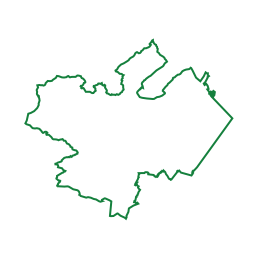 Kampar, Riau, Indonesia (Albers equal-area conic projection), rotated 97°
{"feature_id": "22746128B8837306932395", "entity_name": "Kampar", "entity_type": "district", "adm_level": 2, "iso_a3": "IDN", "parent_name": "Indonesia", "parent_adm1": "Riau", "projection": "albers", "projection_center": [101.167, 0.32], "detail": "fine", "context": "isolated", "style": "outline", "palette": "green", "viewbox_px": 256, "rotation_deg": 97, "n_neighbors": 0, "source": "geoboundaries", "source_scale": "gbopen_adm2", "svg_char_len": 5797}
<svg xmlns="http://www.w3.org/2000/svg" viewBox="0 0 256 256"><g transform="rotate(97 128 128)"><path d="M82.4,48.7L81.7,50.3L83.2,51.7L82.3,51.8L80.0,54.0L79.4,52.8L76.4,54.1L74.7,55.7L76.0,57.2L74.7,58.2L73.0,56.9L68.4,55.1L67.8,55.3L66.6,54.0L65.5,55.4L64.0,55.4L64.1,56.3L63.3,57.7L67.5,59.1L72.8,61.9L69.7,66.6L63.1,70.9L60.8,72.6L60.6,73.2L61.1,73.4L62.1,74.5L62.9,77.4L63.8,79.2L65.0,80.9L67.9,82.6L68.8,83.9L69.0,85.0L70.5,86.6L72.1,87.9L72.6,89.2L73.0,89.5L74.4,89.5L78.0,92.4L79.2,93.7L80.8,94.2L82.5,95.7L86.2,98.0L87.0,98.0L88.2,96.2L88.8,95.6L89.3,95.6L91.6,97.9L93.1,100.5L93.9,103.1L95.9,105.6L96.2,106.9L96.4,112.9L96.3,117.7L95.9,120.1L92.5,123.0L91.8,123.3L90.7,123.0L86.7,120.0L87.1,119.9L86.0,119.1L86.4,118.0L84.6,118.6L83.1,119.5L82.0,119.7L80.9,119.3L79.7,118.2L78.8,117.9L78.3,116.9L76.9,116.0L74.5,113.5L73.4,111.9L67.4,106.8L62.8,101.2L62.0,100.5L59.4,99.4L57.4,97.4L56.0,98.5L54.9,99.9L53.9,100.4L53.0,101.6L51.4,105.2L49.9,106.4L48.8,108.2L45.8,108.1L45.3,108.7L43.8,109.1L43.1,110.0L42.0,110.3L41.6,111.6L40.2,113.0L39.5,113.3L39.5,113.8L37.7,114.0L38.1,114.6L40.3,115.6L42.0,116.8L42.4,116.6L42.8,115.5L44.5,116.4L45.4,117.5L46.7,119.9L46.9,121.6L49.2,123.1L50.1,124.3L51.0,124.4L52.0,125.1L52.5,126.3L51.6,128.3L52.2,129.2L53.0,129.9L54.9,130.5L56.3,131.4L58.2,134.0L59.2,134.9L60.6,135.6L61.7,136.8L64.4,140.2L65.8,142.6L68.5,144.9L71.2,146.0L72.4,147.4L73.3,147.0L73.7,144.9L75.2,142.9L75.1,140.8L75.9,140.0L76.1,138.8L77.8,139.8L79.2,139.3L80.4,140.2L81.4,140.2L81.8,139.4L83.8,140.0L85.2,140.1L85.7,138.6L86.4,138.0L88.6,137.7L90.4,137.0L90.9,137.3L91.4,137.9L93.0,138.3L94.0,139.7L95.3,140.3L96.3,141.8L95.9,142.7L95.9,143.5L96.8,144.3L96.6,145.8L96.9,147.3L96.5,148.2L97.4,148.9L97.3,149.7L96.1,152.5L96.2,153.1L95.3,154.0L93.9,153.5L93.2,153.6L90.7,155.7L88.5,155.8L88.0,156.7L88.9,157.6L88.4,158.8L86.6,159.5L87.6,160.8L87.3,162.2L87.6,163.0L88.4,163.2L89.1,164.1L89.6,165.4L90.2,165.9L90.4,167.1L90.9,167.2L91.6,166.9L92.4,165.5L92.7,165.2L94.4,165.0L95.0,164.6L95.4,164.9L95.7,165.5L97.5,166.6L97.7,167.9L96.7,170.3L97.2,174.3L94.1,176.7L93.8,177.2L94.3,178.8L94.1,179.1L93.9,178.9L93.1,179.0L92.4,180.1L91.9,179.9L91.6,178.6L90.4,177.7L88.7,177.3L88.3,176.3L87.7,175.9L86.7,176.3L85.4,177.4L84.3,178.9L84.1,180.0L83.2,180.7L82.4,181.0L82.0,183.2L82.1,184.7L83.6,186.2L84.2,190.5L84.7,191.5L84.7,192.2L83.7,193.4L84.0,194.4L85.0,195.2L85.7,197.6L85.8,199.8L85.0,203.1L85.0,204.9L87.0,205.7L89.4,208.5L90.5,209.3L91.0,211.1L91.1,213.4L93.5,215.2L94.9,215.4L95.7,216.0L96.2,217.1L95.9,218.5L96.2,219.4L96.1,221.3L96.7,223.2L98.7,222.2L101.1,223.2L102.1,223.1L103.1,222.6L105.2,222.6L106.0,222.2L107.1,220.4L107.6,220.3L107.6,220.9L109.4,219.7L111.6,219.1L114.7,219.7L116.1,219.4L119.2,220.5L122.7,223.2L124.9,226.3L126.0,228.7L132.9,229.4L135.9,230.4L136.6,229.3L137.3,225.6L139.4,223.2L139.8,222.4L139.8,220.3L139.3,218.4L139.6,216.0L140.1,215.2L140.8,214.6L141.2,213.8L142.1,213.2L143.2,211.9L143.1,211.3L142.0,210.2L141.7,209.0L141.9,208.3L142.4,207.6L143.7,208.5L144.7,208.0L144.7,207.5L144.3,206.7L144.4,205.8L146.3,203.0L148.0,201.5L148.3,200.7L148.1,198.1L148.3,196.2L148.6,195.5L147.7,193.8L147.5,192.7L147.0,191.8L147.1,191.4L148.4,190.2L148.3,188.9L148.6,188.3L150.8,186.8L151.3,184.8L152.7,183.1L153.6,182.9L154.2,180.9L155.3,180.8L156.0,180.4L156.5,178.4L156.6,176.7L157.3,175.8L158.4,174.9L159.6,175.1L159.5,175.6L161.0,176.9L161.1,177.8L161.8,178.4L162.2,179.7L163.5,180.4L162.9,181.7L164.1,182.3L164.0,183.6L164.4,184.0L164.4,185.2L165.4,187.6L168.1,189.8L169.1,189.8L169.4,190.1L171.0,193.6L171.8,194.4L172.3,195.7L172.9,195.6L172.8,194.4L173.5,192.9L174.6,192.6L175.5,192.7L176.0,188.6L177.7,187.0L178.3,184.9L178.9,185.3L179.1,186.2L180.1,186.9L180.3,187.6L184.2,192.6L185.5,192.4L186.5,192.9L187.0,192.9L188.8,190.2L188.8,189.7L188.5,189.3L188.8,188.8L189.7,189.0L191.6,190.6L192.4,190.6L193.8,191.3L194.8,191.2L194.6,191.2L194.3,189.8L193.9,184.0L193.3,181.0L193.4,179.7L195.5,174.9L195.9,170.9L196.2,170.0L197.0,169.0L198.4,168.2L199.4,167.9L200.2,168.2L200.3,167.6L201.2,166.8L202.2,161.0L201.5,159.2L201.7,156.5L202.6,153.4L202.8,151.0L204.3,147.6L204.5,146.3L203.8,144.7L203.7,145.1L202.5,145.1L200.7,142.7L200.7,141.8L202.0,137.6L202.9,135.6L217.5,135.2L217.6,134.4L217.1,131.7L214.2,128.3L214.1,127.8L216.0,124.7L217.4,120.3L218.3,119.0L216.8,118.5L215.4,118.8L211.3,117.4L207.7,117.3L204.3,113.1L201.9,108.6L200.9,109.7L201.4,110.7L201.3,111.3L200.9,111.6L200.9,112.9L199.5,112.7L199.1,112.0L198.7,111.8L195.4,111.6L195.2,111.1L194.8,111.3L193.5,110.6L193.5,110.4L192.7,110.4L192.0,109.9L190.7,109.9L187.9,108.5L187.1,109.7L185.9,110.8L184.9,110.6L184.6,110.4L184.1,111.6L183.6,111.9L183.8,112.1L183.4,113.4L183.9,113.7L183.7,114.1L182.5,113.7L182.1,113.3L182.2,113.1L181.3,112.5L181.5,113.5L177.4,111.9L176.5,111.8L175.6,111.3L175.2,111.8L172.6,111.6L172.5,111.4L171.5,111.9L170.7,106.2L170.2,106.0L169.7,105.1L169.6,103.5L169.7,102.9L170.5,102.0L170.8,101.9L171.0,102.4L171.5,102.3L171.5,96.9L171.8,96.8L172.2,96.0L172.7,95.7L172.6,95.3L173.2,94.3L172.8,93.9L172.9,92.9L172.3,92.6L172.3,93.5L171.7,93.0L171.2,92.9L170.9,92.1L170.5,92.1L170.5,92.5L170.2,92.5L169.5,91.9L169.5,91.5L168.9,91.4L168.5,90.6L167.8,90.3L168.0,90.0L168.4,90.0L168.2,89.7L166.5,89.0L166.8,88.3L166.2,87.9L167.0,87.6L166.9,87.0L166.4,86.8L167.2,85.7L169.1,84.7L170.9,82.9L173.2,81.3L173.6,80.6L173.5,79.9L174.2,79.3L173.9,78.7L167.4,74.8L165.7,73.8L164.9,74.0L164.5,73.6L165.0,72.9L164.0,72.0L165.8,70.0L167.4,59.2L165.7,58.3L165.0,58.8L164.5,57.9L164.0,58.0L163.8,58.4L163.2,58.7L162.4,58.1L162.5,57.6L162.2,57.3L158.6,54.7L105.7,25.6L86.2,49.4L84.5,50.7L82.4,48.7ZM82.4,48.7L83.3,47.6L84.3,47.6L84.3,48.4L86.9,48.3L86.9,47.3L85.4,47.3L85.3,46.6L84.4,46.6L84.4,46.3L81.7,46.2L80.8,47.8L82.4,48.7Z" fill="none" stroke="#15803d" stroke-width="2"/></g></svg>